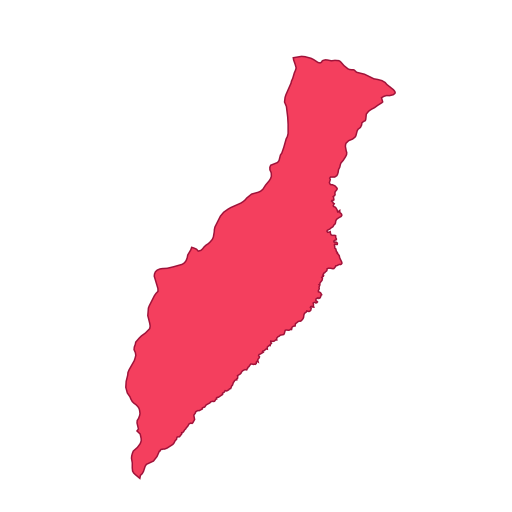 the district of Alvarães, Amazonas, Brazil, rotated 343°
{"feature_id": "56859067B63207916121843", "entity_name": "Alvarães", "entity_type": "district", "adm_level": 2, "iso_a3": "BRA", "parent_name": "Brazil", "parent_adm1": "Amazonas", "projection": "albers", "projection_center": [-65.273, -3.675], "detail": "fine", "context": "isolated", "style": "filled", "palette": "rose", "viewbox_px": 512, "rotation_deg": 343, "n_neighbors": 0, "source": "geoboundaries", "source_scale": "gbopen_adm2", "svg_char_len": 6103}
<svg xmlns="http://www.w3.org/2000/svg" viewBox="0 0 512 512"><g transform="rotate(343 256 256)"><path d="M403.6,106.4L402.0,105.9L400.0,105.0L398.8,104.1L395.8,99.7L393.9,95.5L393.2,94.3L392.3,93.4L388.7,92.0L385.2,91.4L381.7,89.5L379.7,88.7L377.4,88.6L376.4,88.8L375.4,89.7L374.3,90.1L373.3,89.9L371.9,89.1L368.5,85.0L366.4,83.0L361.1,79.7L357.9,78.4L349.6,77.3L349.3,79.5L349.5,84.4L349.4,87.9L348.0,90.0L346.2,92.1L343.1,96.8L341.1,99.1L340.0,101.0L331.8,110.5L330.2,112.8L328.3,117.1L328.8,121.9L326.9,132.6L325.2,139.5L322.5,148.3L320.9,151.0L319.1,152.8L314.3,160.3L310.8,165.1L308.9,166.6L305.9,171.5L303.9,172.9L296.6,173.5L295.2,175.2L294.5,177.7L294.9,180.9L294.0,184.3L292.5,186.3L290.8,187.8L285.9,191.0L282.1,194.2L279.3,195.4L276.8,195.7L269.9,195.5L264.2,197.8L262.0,199.2L259.7,200.2L256.9,201.0L246.1,202.3L243.0,203.0L237.9,204.7L233.6,207.5L225.2,216.3L223.9,218.6L223.1,220.8L220.7,225.5L219.0,227.4L216.2,229.2L213.9,230.3L211.4,231.0L209.1,232.1L207.1,233.5L205.1,234.5L202.2,234.5L201.1,232.1L198.9,230.2L197.0,228.9L195.5,231.0L191.0,235.1L189.7,237.6L187.8,240.0L185.6,241.6L183.0,242.4L173.9,242.2L167.5,241.8L162.6,240.6L160.3,240.3L157.4,240.6L155.2,241.7L153.7,243.5L152.8,245.5L152.7,258.5L151.9,261.2L149.5,262.5L147.3,264.2L139.5,272.3L137.9,274.3L135.1,281.4L134.7,289.3L134.3,292.1L133.1,294.4L127.8,297.3L123.1,298.9L120.4,300.3L115.8,303.2L114.7,305.3L113.0,307.5L112.0,309.9L112.4,313.1L112.0,315.9L110.4,318.5L109.0,320.5L101.3,327.8L99.5,330.0L98.5,332.4L95.2,337.9L93.1,343.5L92.9,349.4L94.3,353.8L94.5,356.2L95.1,359.0L96.3,361.2L97.7,363.0L99.0,365.5L99.6,367.7L99.5,370.0L99.0,372.8L98.1,374.5L96.2,377.0L94.3,378.6L93.4,380.9L93.0,387.1L91.0,388.5L93.2,392.4L92.8,397.0L92.2,399.2L90.5,401.5L88.7,402.9L86.6,404.4L81.6,406.7L80.1,408.6L78.7,410.8L77.8,413.0L77.2,417.7L75.7,422.5L75.1,425.6L75.6,427.8L76.7,429.8L79.9,434.7L81.3,432.0L83.5,430.9L85.4,429.1L88.5,424.7L90.3,423.2L98.0,422.1L102.7,418.8L106.5,414.4L107.3,414.4L107.9,413.6L108.8,413.2L109.7,413.5L110.6,413.4L112.1,413.9L114.8,413.7L121.3,411.9L122.6,411.1L124.8,408.9L126.4,408.1L127.1,406.7L127.8,406.0L130.0,406.5L133.1,404.3L133.3,403.2L134.3,403.3L135.3,402.9L136.9,401.4L138.2,400.8L139.0,400.0L141.0,398.8L142.7,397.1L144.7,396.7L145.9,397.4L146.8,397.0L149.5,394.4L149.9,390.4L150.3,389.8L152.0,388.5L152.9,387.3L155.2,386.8L156.4,387.3L159.9,386.6L160.1,385.8L161.4,385.4L162.7,385.5L164.9,383.8L168.9,383.0L170.0,382.2L172.2,382.3L173.0,382.8L173.9,382.8L175.7,381.3L176.7,381.2L176.7,380.2L177.5,379.8L178.8,380.1L183.6,378.6L183.8,377.5L186.0,376.8L187.1,375.7L188.5,376.5L190.8,376.0L191.8,375.3L193.0,375.4L194.9,373.0L195.7,372.7L197.4,370.3L198.4,369.7L199.0,369.0L200.0,368.6L201.4,368.8L201.5,367.9L202.5,367.7L203.3,366.1L203.3,365.0L206.2,364.3L207.4,363.7L207.9,363.0L209.5,361.9L212.1,361.4L213.8,362.2L214.4,361.5L215.2,360.9L215.8,360.1L216.8,359.8L219.3,357.8L220.7,358.2L221.9,359.0L222.8,358.9L223.6,359.4L224.8,358.9L225.3,357.5L226.2,357.0L227.1,358.0L227.2,356.1L227.6,355.4L229.3,354.3L229.9,353.4L229.3,352.1L230.1,351.1L231.6,351.0L234.7,350.2L234.2,349.4L234.9,348.8L235.9,349.0L238.6,347.8L239.6,348.4L239.8,347.4L240.3,346.3L242.5,345.4L243.4,345.8L243.6,344.9L245.3,344.0L244.9,342.7L245.2,341.7L246.9,342.5L247.7,342.7L248.6,342.7L250.3,342.0L251.3,342.4L251.7,340.7L253.2,339.7L255.0,339.4L256.0,338.8L259.5,339.2L260.3,338.6L262.2,335.6L263.3,335.6L265.6,336.6L266.7,336.6L267.8,336.1L268.5,336.7L269.0,336.0L269.3,335.0L270.1,334.4L271.6,334.1L272.9,334.4L274.0,332.2L275.1,331.9L277.2,331.0L278.6,331.0L279.7,331.4L281.5,330.5L282.6,329.7L283.5,328.7L284.7,326.1L285.7,325.0L287.9,324.2L288.5,323.4L290.4,324.6L291.3,324.5L292.5,323.9L293.6,322.0L292.9,321.2L293.5,320.4L294.6,320.4L295.2,321.3L296.3,321.8L296.3,320.4L296.8,319.2L296.9,317.7L298.1,317.4L298.9,317.6L299.4,318.4L300.4,318.5L301.4,317.9L301.0,317.1L300.2,316.2L300.6,314.8L302.5,314.0L303.0,314.8L303.9,314.3L304.5,315.0L305.2,314.6L306.0,313.7L306.6,312.6L307.5,312.3L307.0,310.1L306.2,309.1L305.2,308.5L305.4,307.5L306.7,306.1L307.1,305.3L307.1,304.3L308.6,302.4L308.0,301.8L308.8,301.5L309.3,300.5L312.2,298.4L313.1,296.6L312.6,295.8L313.5,295.2L314.5,295.1L315.0,294.3L314.3,293.8L315.8,292.2L316.6,292.2L318.2,291.2L319.1,291.0L319.8,290.2L320.2,289.0L321.6,288.8L323.5,289.4L325.9,290.7L326.8,290.8L328.8,289.5L329.4,288.7L330.4,288.9L333.1,288.4L334.3,288.9L335.3,288.7L336.1,288.0L336.2,286.9L335.5,282.3L335.7,280.1L335.1,278.1L334.4,277.3L334.9,276.4L334.2,275.3L334.4,272.6L333.6,271.4L334.0,270.2L334.2,268.2L335.0,267.7L335.9,268.4L337.1,268.7L337.6,267.6L337.2,266.7L336.4,266.0L335.3,265.9L334.6,265.3L334.8,264.5L335.9,264.0L337.6,263.9L337.9,263.1L337.6,261.9L338.1,259.8L337.2,259.2L334.8,258.5L333.9,257.5L333.8,256.4L334.1,254.4L333.0,254.6L331.4,254.3L331.1,253.0L331.7,252.3L334.8,251.7L335.9,251.1L338.1,250.5L339.7,249.0L340.8,248.6L341.6,247.7L342.7,245.5L344.0,244.4L346.3,243.6L348.9,243.1L349.9,242.3L350.1,241.2L349.7,240.1L349.1,239.5L349.0,238.4L349.4,236.9L348.5,237.2L348.0,238.0L347.0,237.8L347.0,235.4L346.5,233.4L346.1,232.5L344.6,231.3L344.6,230.4L346.1,228.8L345.3,228.2L345.3,227.1L344.3,225.6L345.0,225.0L346.0,225.3L346.9,225.1L347.3,222.5L347.2,221.7L348.9,221.2L349.6,220.3L349.8,218.9L350.6,217.6L352.6,216.3L353.3,215.5L353.2,214.4L352.0,212.0L349.8,210.1L348.4,209.7L347.7,208.5L347.6,207.3L349.4,204.6L349.2,203.1L350.3,202.3L354.4,203.5L356.7,202.8L357.7,201.9L358.9,200.2L360.2,197.5L362.1,195.5L363.4,193.2L364.4,191.9L367.4,190.0L370.7,187.2L372.2,185.6L373.0,183.7L373.0,181.8L373.5,177.5L374.1,175.9L375.0,174.5L378.3,172.8L382.6,172.4L385.4,171.3L386.6,170.3L389.4,165.8L390.7,164.6L393.4,163.6L395.3,161.6L396.2,159.6L398.2,158.8L400.1,158.5L400.9,157.4L403.0,152.5L406.0,150.5L407.7,149.9L409.4,149.4L412.7,148.8L416.4,147.5L421.2,146.2L422.2,145.7L422.3,141.3L425.1,140.7L427.7,140.7L430.6,141.7L434.4,141.9L436.4,141.1L436.9,140.2L436.8,139.1L436.1,137.3L431.3,130.3L430.2,127.8L427.7,125.1L424.2,122.9L420.5,121.0L412.9,113.9L405.9,109.7L404.3,106.9L403.6,106.4Z" fill="#f43f5e" stroke="#9f1239" stroke-width="1.5"/></g></svg>